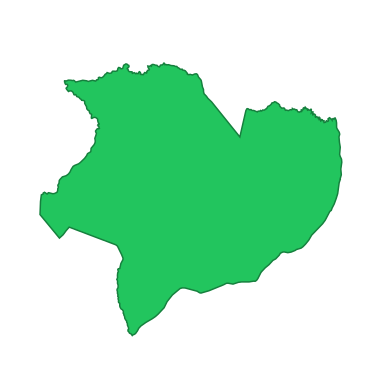 outline of Mueda, Cabo Delgado, Mozambique, rotated 173°
{"feature_id": "85939544B28759712944697", "entity_name": "Mueda", "entity_type": "district", "adm_level": 2, "iso_a3": "MOZ", "parent_name": "Mozambique", "parent_adm1": "Cabo Delgado", "projection": "natural_earth1", "projection_center": [39.255, -11.566], "detail": "fine", "context": "isolated", "style": "filled", "palette": "green", "viewbox_px": 384, "rotation_deg": 173, "n_neighbors": 0, "source": "geoboundaries", "source_scale": "gbopen_adm2", "svg_char_len": 5971}
<svg xmlns="http://www.w3.org/2000/svg" viewBox="0 0 384 384"><g transform="rotate(173 192 192)"><path d="M40.9,248.0L41.8,247.9L42.2,246.9L43.2,247.6L43.9,247.2L44.2,246.3L44.6,247.4L45.8,247.9L45.9,248.5L46.5,249.0L48.1,248.0L48.1,247.5L47.7,246.9L48.2,245.7L48.7,245.5L49.7,246.3L50.2,246.1L50.8,245.0L52.5,244.8L52.6,245.6L52.2,246.5L52.3,246.7L53.2,246.8L53.8,247.2L53.9,247.9L54.6,248.1L55.0,247.1L55.6,246.8L55.9,248.5L57.0,248.4L57.0,248.8L56.0,249.3L56.1,250.0L56.5,250.0L57.1,249.6L57.6,249.7L57.7,250.0L57.2,250.7L58.3,250.7L58.9,251.6L60.3,251.2L60.5,251.7L60.1,253.3L60.7,254.2L62.1,254.9L62.2,254.0L62.7,253.9L62.8,255.5L62.1,256.6L62.6,256.8L63.8,256.1L63.4,257.0L63.8,258.5L63.5,259.4L63.8,259.7L64.4,259.3L64.6,258.7L65.8,259.0L66.4,259.7L67.3,259.1L67.6,259.6L67.2,260.3L68.5,261.2L69.3,262.4L69.9,261.2L70.5,261.9L71.1,261.9L71.6,261.3L71.6,260.4L72.5,259.7L73.1,260.2L73.5,260.1L73.1,259.1L73.4,258.5L74.1,258.5L74.6,258.8L75.6,258.1L77.3,258.9L78.0,260.9L79.2,260.9L80.0,261.8L81.0,261.7L82.2,262.7L82.4,261.9L83.0,261.4L84.4,261.7L86.5,261.0L88.2,261.8L88.9,261.6L89.5,262.0L89.8,263.3L90.5,264.2L92.8,264.3L94.4,266.4L94.5,267.8L95.7,269.3L96.7,269.8L97.0,270.4L98.1,271.2L99.2,271.5L99.9,270.9L101.9,270.6L102.9,269.2L104.7,268.1L106.1,267.8L107.9,265.6L109.0,265.3L109.8,264.6L110.6,264.4L111.7,264.8L113.0,263.9L114.1,264.6L114.7,264.0L116.5,264.2L117.4,263.5L120.8,265.4L122.4,265.6L123.5,266.7L124.3,266.5L125.3,266.8L125.7,267.5L127.0,268.0L127.5,267.8L128.6,266.2L137.8,240.8L161.6,279.1L164.8,283.0L166.0,285.3L168.1,288.1L168.3,290.4L168.1,292.3L168.8,295.0L169.2,301.2L169.6,302.4L171.5,305.2L172.3,308.0L173.3,308.8L174.9,308.8L177.4,308.1L179.5,309.0L180.2,308.8L180.9,309.1L181.4,308.9L182.3,309.5L182.2,310.4L183.8,313.0L185.0,313.8L186.3,314.1L186.9,315.2L187.9,315.0L189.0,315.6L190.1,316.8L190.9,317.1L191.8,318.5L193.3,318.7L194.5,319.5L197.4,320.1L199.7,321.2L201.7,321.3L202.4,321.8L203.3,321.6L203.7,323.0L204.1,323.4L204.5,323.2L205.1,322.3L205.8,321.8L207.8,321.8L209.0,320.2L210.5,320.8L211.4,322.1L212.3,322.1L214.5,323.2L216.0,323.4L216.6,322.9L216.9,321.9L217.6,322.6L218.7,321.9L220.5,322.4L220.4,320.9L219.4,318.9L219.9,318.3L221.4,318.1L221.6,317.4L222.4,316.8L222.3,316.1L222.6,315.6L224.5,316.3L226.0,314.4L226.5,314.4L227.4,315.0L228.2,314.7L228.9,315.3L228.6,316.5L228.7,317.0L229.5,317.8L230.1,317.5L230.9,316.1L231.2,316.0L232.7,316.7L233.3,316.2L234.8,317.5L236.7,317.0L236.9,318.6L239.6,319.1L240.5,320.4L240.5,321.6L241.1,321.9L241.3,322.4L240.8,323.0L239.3,323.9L239.2,324.8L239.4,325.5L240.0,325.7L240.9,326.8L242.0,327.2L244.4,326.1L245.7,323.1L247.4,322.9L248.5,324.2L249.7,324.5L250.5,323.6L251.3,321.5L252.9,321.1L255.9,321.6L256.6,321.2L257.1,320.3L257.8,319.9L259.5,319.8L261.7,320.9L262.5,320.0L263.9,319.4L265.0,318.1L267.0,316.6L268.4,316.5L270.0,317.2L270.5,317.1L271.0,316.8L271.2,315.5L271.6,315.0L273.1,314.9L273.6,314.2L274.3,313.9L277.1,315.0L281.5,314.4L283.0,315.2L286.8,316.2L294.0,315.3L295.3,316.9L296.1,317.3L297.3,317.2L298.5,317.7L301.2,318.1L303.2,317.5L304.7,317.9L304.9,317.9L305.1,316.8L304.8,316.4L304.8,315.3L304.4,314.4L304.1,314.1L303.0,314.2L302.4,313.5L302.4,312.6L303.1,311.3L304.3,310.4L304.1,309.6L302.8,307.4L302.2,306.8L301.8,307.1L300.4,307.2L299.2,306.9L297.9,305.4L297.3,303.0L296.7,302.7L295.5,302.9L294.7,300.8L292.8,299.9L291.6,298.1L290.7,297.4L290.4,296.5L288.4,296.0L287.7,295.5L287.5,295.0L287.7,293.0L286.3,289.5L286.3,287.4L285.3,285.9L284.1,285.0L284.1,283.7L283.6,282.2L282.6,281.7L282.2,281.2L282.9,277.7L282.6,277.3L282.4,277.3L282.4,277.9L281.8,277.6L280.0,278.0L278.9,277.8L277.8,277.1L276.8,275.8L276.9,274.3L276.6,272.3L275.8,270.9L276.2,270.3L276.9,270.5L277.4,269.9L277.0,269.6L277.1,268.8L276.4,268.2L276.5,267.4L276.1,266.6L276.7,266.1L277.9,266.4L278.6,266.1L280.3,264.3L280.3,263.4L279.7,262.1L280.3,260.3L281.9,257.1L281.8,255.1L282.0,253.2L283.3,251.0L286.8,247.7L287.4,244.9L287.8,244.2L291.0,242.8L292.2,240.9L294.5,238.5L299.4,234.8L301.1,233.8L305.2,232.7L306.9,231.9L309.2,229.1L310.6,226.8L312.3,225.0L314.9,223.5L318.8,222.8L321.1,220.9L322.3,219.7L323.0,216.8L324.2,215.3L324.4,214.4L324.0,213.7L324.1,212.8L324.8,211.7L325.2,209.7L326.1,208.1L328.6,207.3L330.2,207.2L334.4,208.8L334.9,208.7L335.5,207.8L336.1,207.7L338.4,209.7L339.7,209.2L340.0,208.2L341.9,207.5L343.5,201.1L345.6,188.1L329.2,162.4L325.1,165.3L321.7,168.9L318.2,172.1L274.1,148.9L272.6,147.4L269.5,138.4L268.6,135.0L268.6,134.2L268.9,133.1L271.3,129.7L273.0,124.9L274.5,124.8L275.1,124.1L274.8,122.0L275.6,120.8L276.2,118.2L276.3,116.2L277.3,114.2L276.8,113.4L276.8,112.1L277.1,110.5L276.7,108.7L277.0,106.2L278.0,104.9L278.4,103.9L278.1,101.8L278.4,100.8L278.0,99.1L278.4,97.4L277.8,96.3L278.4,95.0L278.1,93.3L278.4,91.9L278.2,91.1L277.5,90.7L277.3,90.2L277.6,87.7L277.4,86.4L276.6,84.5L275.5,83.7L274.8,82.4L274.7,81.2L275.1,80.3L274.6,79.2L274.6,78.1L274.1,76.8L274.1,75.0L273.5,73.2L272.7,72.2L272.7,70.8L272.2,69.5L272.3,67.6L271.6,65.3L271.6,63.7L272.4,62.9L272.4,61.6L271.5,60.4L271.3,59.6L269.7,58.5L268.8,56.8L267.8,57.5L266.7,57.7L265.3,58.4L263.0,60.9L261.5,63.2L259.0,65.3L253.6,68.2L246.8,71.1L243.4,72.9L240.4,75.0L233.8,80.5L230.1,86.2L224.0,92.2L215.5,97.7L213.4,98.0L210.6,97.6L199.0,92.9L196.8,91.1L195.4,90.6L187.3,91.9L171.9,96.1L169.0,97.2L167.4,97.1L162.5,95.6L156.9,96.7L153.5,96.7L146.2,95.8L141.5,96.0L140.2,95.7L138.7,96.4L137.2,98.0L133.4,103.7L132.1,104.9L128.5,107.9L124.4,110.5L120.0,114.3L117.1,115.4L115.9,116.4L113.2,118.6L111.8,120.4L109.4,121.3L107.9,121.3L104.3,120.1L100.9,120.3L96.8,121.4L95.3,122.2L90.6,123.0L88.6,124.1L85.7,126.4L81.9,130.1L78.5,134.6L66.2,144.6L63.2,147.8L57.6,155.9L56.0,156.8L54.9,159.0L52.3,162.8L49.7,167.9L47.6,172.6L44.8,183.3L43.3,186.4L43.5,186.6L41.7,190.9L41.5,196.6L39.7,203.3L39.6,206.3L40.6,209.4L40.9,211.4L39.4,218.4L39.6,223.1L39.4,228.8L38.4,231.2L38.4,232.0L38.6,233.4L40.4,237.4L40.6,238.6L40.1,242.9L40.2,245.6L40.9,248.0Z" fill="#22c55e" stroke="#15803d" stroke-width="1.5"/></g></svg>